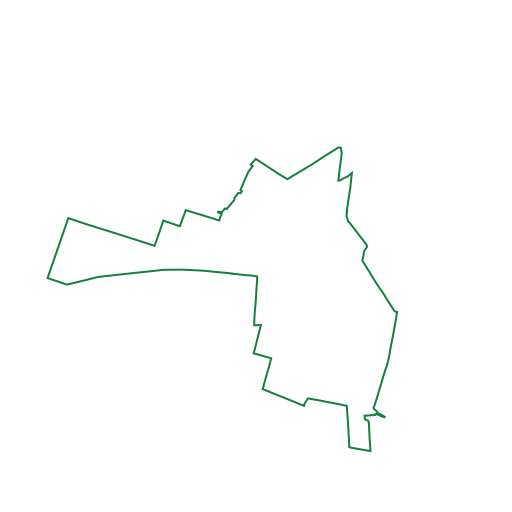 the district of Crangeni, Teleorman, Romania, rotated 205°
{"feature_id": "2599482B26169068281566", "entity_name": "Crangeni", "entity_type": "district", "adm_level": 2, "iso_a3": "ROU", "parent_name": "Romania", "parent_adm1": "Teleorman", "projection": "mercator", "projection_center": [24.773, 44.008], "detail": "fine", "context": "isolated", "style": "outline", "palette": "green", "viewbox_px": 512, "rotation_deg": 205, "n_neighbors": 0, "source": "geoboundaries", "source_scale": "gbopen_adm2", "svg_char_len": 3456}
<svg xmlns="http://www.w3.org/2000/svg" viewBox="0 0 512 512"><g transform="rotate(205 256 256)"><path d="M204.2,371.7L206.5,366.9L209.7,363.1L211.4,360.4L213.1,359.1L215.6,366.1L221.7,385.4L224.9,390.0L226.8,389.4L228.7,386.8L236.0,375.6L244.3,362.2L254.5,347.1L260.0,338.9L261.9,339.1L269.6,339.9L297.3,343.9L297.6,342.9L299.3,336.9L299.4,336.5L297.1,336.1L297.3,335.1L298.5,329.0L298.3,318.9L298.2,313.9L298.1,312.8L298.0,309.2L296.5,308.9L296.2,308.8L296.5,306.5L298.7,305.6L299.9,299.9L299.4,297.4L302.4,286.2L303.4,286.1L304.1,286.1L304.1,285.9L304.9,283.3L305.4,281.5L305.5,281.0L306.6,281.0L306.8,280.4L307.9,280.4L308.8,280.3L308.9,279.6L308.1,279.6L305.8,279.6L305.2,279.5L304.9,279.5L304.9,276.9L304.5,273.8L304.5,273.7L304.2,273.0L304.1,272.7L304.3,272.6L305.4,272.5L311.9,271.7L329.5,269.2L339.1,267.8L338.9,266.2L337.6,250.8L354.5,249.0L355.0,248.9L353.1,231.9L352.3,223.0L352.3,222.4L388.3,217.8L423.5,213.1L442.1,211.0L435.6,147.9L415.2,150.2L390.2,170.3L389.9,170.5L357.8,190.0L345.8,197.2L333.8,204.5L331.7,205.5L319.1,211.5L316.0,212.9L307.7,216.3L301.3,218.9L296.5,220.8L288.1,223.7L277.0,227.7L270.3,230.0L270.3,229.8L263.4,232.2L258.5,233.9L257.3,234.3L251.0,236.7L248.5,237.2L246.3,238.0L243.9,232.4L243.0,229.9L242.3,228.0L241.2,225.2L240.0,222.3L239.2,220.1L238.9,219.4L237.5,215.9L236.5,213.2L235.2,209.8L234.8,208.4L233.6,205.2L230.7,197.8L228.3,192.4L222.4,195.6L220.6,186.1L218.4,174.5L216.9,166.8L210.9,167.8L199.0,169.7L197.3,160.4L195.9,151.1L194.9,145.0L193.7,138.7L193.7,138.2L176.2,139.1L159.9,140.0L149.1,140.5L149.6,142.6L149.6,143.0L149.1,146.3L148.9,147.4L148.6,149.0L145.5,149.8L143.8,150.2L140.2,151.2L137.6,151.9L128.2,154.2L124.5,155.1L124.3,155.2L118.8,156.6L113.1,157.9L110.4,158.6L105.8,150.2L104.5,148.0L103.7,146.6L103.3,145.8L102.4,144.1L101.6,142.7L100.3,140.3L99.4,138.7L98.7,137.3L98.3,136.5L97.8,135.6L97.5,135.1L97.1,134.3L96.7,133.6L96.5,133.1L96.2,132.6L96.0,132.1L95.6,131.4L95.1,130.6L94.7,129.9L94.6,129.6L94.2,129.1L94.1,128.8L93.9,128.4L93.5,127.6L93.1,126.8L92.4,125.5L92.1,124.8L91.5,123.6L91.2,123.1L91.0,122.6L90.8,122.5L90.7,122.2L89.8,122.2L80.7,124.6L69.9,127.6L72.4,132.3L76.7,140.1L82.4,151.0L83.8,153.4L84.5,153.9L85.2,154.1L87.9,154.0L88.2,154.1L90.1,157.1L82.0,161.7L81.1,162.2L81.4,162.5L81.2,162.8L80.8,163.1L80.5,163.5L79.9,163.6L78.9,163.6L78.4,163.7L77.9,163.9L77.0,163.9L76.3,163.9L75.6,163.8L74.6,163.7L73.7,163.9L73.2,163.9L72.2,164.0L71.3,164.2L71.3,164.6L74.4,165.0L77.4,165.3L79.5,165.0L80.3,165.9L82.0,166.6L85.0,167.5L85.5,168.2L85.3,169.2L86.7,180.6L86.8,180.6L86.9,181.2L86.9,181.7L87.0,182.0L87.2,183.3L87.4,184.9L87.8,187.3L87.8,187.7L87.9,188.3L88.0,189.0L88.1,189.7L88.2,190.1L88.2,190.6L88.3,191.8L88.4,192.3L88.5,192.8L88.6,193.4L88.8,194.8L89.3,197.6L90.7,207.6L90.9,211.0L91.1,212.5L91.2,213.3L92.0,217.0L93.8,224.8L95.0,228.8L95.2,229.6L97.4,238.5L100.1,249.0L102.8,259.3L103.3,260.7L103.6,261.8L104.5,265.0L106.2,264.5L107.1,264.5L107.3,264.6L108.5,265.4L114.1,268.9L120.9,273.2L121.5,273.7L124.9,276.0L128.2,277.9L129.1,278.3L129.9,278.8L133.5,281.0L140.6,285.5L144.9,288.5L147.1,289.9L147.6,290.2L149.8,291.6L152.2,293.2L153.3,293.9L156.9,296.2L157.7,296.9L158.8,301.8L159.8,305.2L160.0,306.6L159.4,310.1L159.4,311.3L159.8,312.1L160.1,312.6L162.2,313.7L175.0,320.4L185.8,326.0L187.0,326.2L188.9,328.5L189.3,328.9L190.5,329.9L190.9,330.4L191.7,332.9L192.5,335.3L192.8,335.2L199.4,357.7L204.2,371.7Z" fill="none" stroke="#15803d" stroke-width="2"/></g></svg>